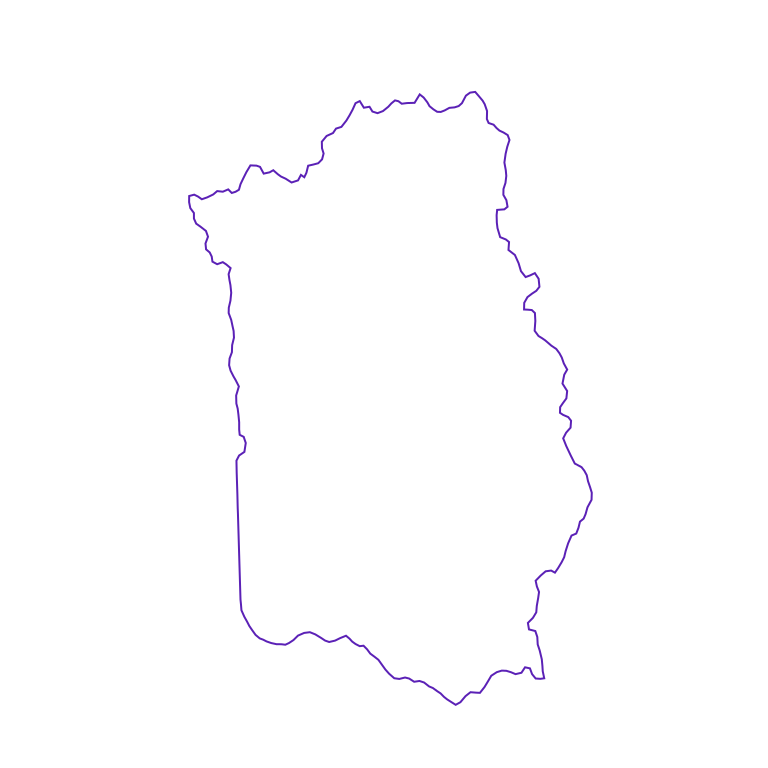 Ibipitanga, Bahia, Brazil, rotated 190°
{"feature_id": "56859067B29020946522479", "entity_name": "Ibipitanga", "entity_type": "district", "adm_level": 2, "iso_a3": "BRA", "parent_name": "Brazil", "parent_adm1": "Bahia", "projection": "equal_earth", "projection_center": [-42.363, -12.868], "detail": "fine", "context": "isolated", "style": "outline", "palette": "violet", "viewbox_px": 768, "rotation_deg": 190, "n_neighbors": 0, "source": "geoboundaries", "source_scale": "gbopen_adm2", "svg_char_len": 3889}
<svg xmlns="http://www.w3.org/2000/svg" viewBox="0 0 768 768"><g transform="rotate(190 384 384)"><path d="M196.8,383.4L202.3,384.7L205.7,386.2L206.5,391.8L204.6,396.0L201.9,401.5L202.4,408.9L208.3,415.4L208.1,424.5L206.1,430.0L210.5,435.5L213.5,440.9L216.5,444.7L220.4,448.4L225.8,450.8L232.9,455.0L236.4,456.6L240.2,458.1L244.9,462.6L245.9,472.3L247.7,480.1L251.3,482.5L254.9,482.2L259.0,481.7L260.0,488.3L257.8,494.5L253.9,498.7L250.2,502.2L247.8,506.7L250.0,514.5L254.7,519.4L259.0,516.3L263.1,513.9L268.7,518.9L272.4,526.3L277.5,533.8L284.7,537.6L285.5,545.5L289.1,547.5L295.1,548.8L299.3,557.2L300.9,562.5L302.4,569.8L302.8,575.1L295.8,576.9L293.1,580.0L295.4,586.3L299.3,591.0L300.2,596.8L299.3,603.1L299.7,610.2L301.2,615.7L303.9,623.0L304.2,631.9L303.8,639.0L302.8,646.1L305.4,650.6L309.9,652.4L314.3,653.6L317.6,655.6L321.1,658.4L326.3,659.2L328.7,662.8L329.9,670.7L333.4,677.0L336.1,680.2L340.4,683.8L344.9,687.5L349.8,685.9L353.4,682.2L356.0,674.1L358.7,670.7L362.5,668.7L367.6,667.3L371.7,664.0L375.3,661.8L378.9,661.3L383.1,663.1L387.4,665.5L390.2,668.9L394.7,673.0L399.1,675.4L402.7,666.2L410.0,664.7L415.2,663.1L418.9,665.0L422.4,665.2L425.5,661.6L427.9,657.8L432.4,652.6L437.4,649.6L442.7,650.3L446.4,654.5L451.8,652.6L457.0,658.4L460.8,655.6L462.6,648.6L464.6,642.6L466.8,636.9L470.6,629.8L475.6,627.2L477.8,622.3L483.6,618.3L487.3,611.8L486.0,605.4L483.5,600.5L484.0,594.5L487.1,590.0L491.6,587.9L496.6,585.8L497.1,578.5L498.4,573.8L502.1,575.5L504.0,569.6L510.0,566.4L516.5,569.1L521.4,570.4L524.9,572.1L530.2,575.3L533.4,572.6L539.0,570.3L543.8,576.3L547.5,576.9L553.5,576.1L556.3,568.8L558.4,561.7L560.0,555.9L560.6,550.1L563.6,547.5L567.1,545.7L571.2,548.6L576.1,545.4L581.8,545.0L585.1,541.0L590.5,537.1L595.5,534.3L599.7,536.3L603.8,537.5L608.5,535.3L607.5,529.2L605.3,523.6L600.9,519.4L599.9,513.9L596.8,509.3L591.7,506.9L585.9,503.8L582.9,498.5L584.2,491.4L582.6,485.7L578.5,483.3L575.8,479.6L574.2,474.7L569.1,473.0L563.9,476.0L560.2,474.4L555.2,471.5L556.1,465.2L554.3,459.7L552.4,454.7L550.3,447.3L549.7,439.4L550.1,432.2L549.3,426.9L545.6,420.6L543.1,414.4L541.3,410.1L539.8,403.6L540.3,395.9L539.3,388.9L540.5,382.3L539.8,375.6L537.4,370.5L533.5,365.3L530.8,362.1L526.5,356.4L527.6,347.0L526.0,339.1L523.8,334.3L522.0,328.4L520.0,321.2L518.7,313.9L517.3,308.9L513.0,307.6L509.9,301.9L509.7,292.9L514.3,288.4L516.0,282.9L513.7,271.2L509.3,250.2L506.6,236.8L505.3,230.8L487.9,146.8L486.6,142.2L485.1,136.4L481.1,130.5L477.5,126.1L474.6,122.3L471.2,118.8L466.9,114.6L462.2,111.9L458.5,111.2L455.0,110.1L450.0,109.3L444.7,109.1L439.8,109.9L435.9,110.1L432.6,112.4L428.7,116.1L425.0,121.3L419.4,125.0L413.9,126.7L408.2,125.5L401.8,123.0L397.5,121.1L393.2,120.4L387.6,122.8L383.1,126.1L377.7,129.5L373.7,127.2L370.6,124.8L366.9,123.0L362.4,121.6L358.7,122.7L354.6,119.8L350.7,116.1L346.1,113.8L341.6,111.4L337.1,107.0L333.0,103.0L328.7,99.6L322.8,96.0L317.7,96.2L312.3,98.6L308.1,98.3L302.6,96.0L297.5,97.7L292.7,97.0L287.1,94.0L283.1,93.1L278.2,90.7L274.5,89.1L270.6,86.3L267.1,84.4L262.8,82.6L257.7,80.5L253.5,83.9L249.5,90.8L245.3,95.5L240.0,96.0L235.9,96.5L232.4,103.0L230.1,108.9L227.7,115.3L222.9,119.8L218.2,122.2L213.7,122.8L208.8,122.2L204.1,121.1L198.5,123.5L195.9,129.5L190.9,129.3L187.8,124.0L183.5,120.3L178.8,120.8L175.1,122.0L177.8,128.7L179.0,133.7L180.8,140.3L184.4,148.6L187.4,154.2L189.1,161.5L192.1,167.0L198.6,167.5L200.8,173.7L196.7,179.6L194.4,185.6L195.0,192.0L195.0,200.0L195.2,206.1L198.3,211.2L200.5,216.6L196.4,222.6L192.3,227.6L187.0,229.3L182.9,227.9L180.6,232.9L178.1,239.4L176.5,244.7L176.1,251.0L175.0,259.1L173.0,267.3L168.7,270.1L167.5,276.2L167.1,282.5L164.0,286.1L162.9,290.8L162.2,297.9L159.5,306.0L160.5,313.0L163.1,318.1L166.2,323.7L168.5,329.4L171.6,333.3L175.0,336.4L182.3,338.8L187.6,345.9L193.7,354.5L198.1,361.6L196.2,367.7L192.7,373.4L193.4,380.3L196.8,383.4Z" fill="none" stroke="#5b21b6" stroke-width="2"/></g></svg>